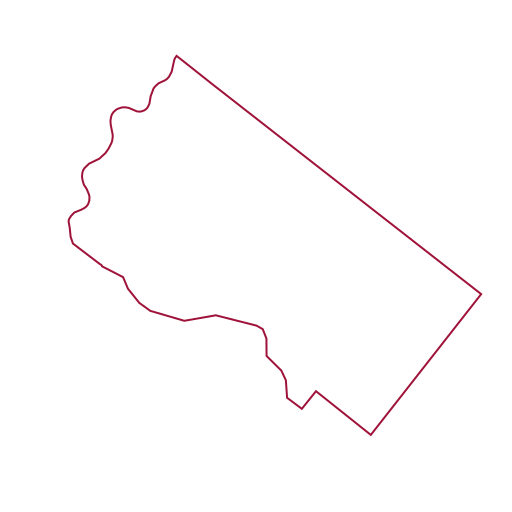 the district of Cass, Nebraska, United States of America, rotated 218°
{"feature_id": "52423323B68486838803795", "entity_name": "Cass", "entity_type": "district", "adm_level": 2, "iso_a3": "USA", "parent_name": "United States of America", "parent_adm1": "Nebraska", "projection": "natural_earth1", "projection_center": [-95.933, 40.925], "detail": "fine", "context": "isolated", "style": "outline", "palette": "rose", "viewbox_px": 512, "rotation_deg": 218, "n_neighbors": 0, "source": "geoboundaries", "source_scale": "gbopen_adm2", "svg_char_len": 1171}
<svg xmlns="http://www.w3.org/2000/svg" viewBox="0 0 512 512"><g transform="rotate(218 256 256)"><path d="M55.4,185.7L55.1,364.6L394.1,364.5L441.8,364.8L441.6,361.7L440.8,359.5L435.9,349.3L434.9,343.5L435.2,340.5L435.8,338.6L439.1,332.1L439.8,328.2L439.9,325.0L437.4,317.1L433.8,310.5L433.0,307.1L432.9,305.2L433.4,302.7L433.9,301.6L435.7,298.9L436.6,298.1L439.0,296.6L447.4,294.4L450.7,292.6L453.0,290.7L455.3,287.3L456.2,285.4L456.9,281.9L456.7,278.7L456.0,276.8L454.5,273.9L453.9,272.9L451.2,269.9L443.9,263.6L442.4,261.9L440.4,258.5L439.5,256.1L438.3,249.9L438.0,244.4L439.4,236.2L444.4,226.0L445.3,219.4L444.9,216.8L444.1,214.8L442.1,211.5L438.8,208.5L435.5,206.2L430.5,204.5L425.8,201.8L423.7,200.2L421.4,196.9L420.2,193.5L420.1,190.9L420.7,188.3L422.3,184.7L425.9,178.5L426.4,173.8L426.1,170.6L425.6,168.9L424.8,167.7L419.9,163.3L413.9,157.0L407.9,153.1L373.8,153.5L373.0,153.7L372.3,153.7L371.6,153.5L370.9,153.1L347.7,157.5L336.8,151.4L319.1,147.2L305.5,147.7L272.6,160.8L251.2,184.5L212.6,201.5L205.6,202.5L197.0,197.4L186.1,183.7L165.5,181.3L156.0,176.5L144.2,163.4L125.8,163.8L125.5,186.4L55.4,185.7Z" fill="none" stroke="#9f1239" stroke-width="2"/></g></svg>